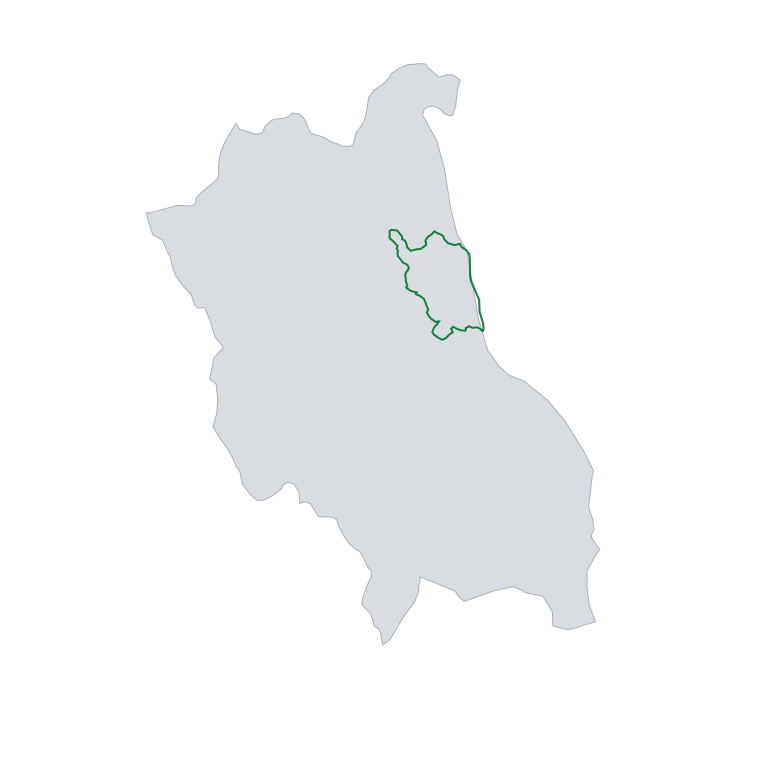 Bulgaria, with Pleven highlighted, rotated 70°
{"feature_id": "BGR-2248", "entity_name": "Pleven", "entity_type": "Province", "adm_level": 1, "iso_a3": "BGR", "parent_name": "Bulgaria", "parent_adm1": "", "projection": "robinson", "projection_center": [24.614, 43.502], "detail": "fine", "context": "in_parent", "style": "outline", "palette": "green", "viewbox_px": 768, "rotation_deg": 70, "n_neighbors": 0, "source": "natural_earth", "source_scale": "10m", "svg_char_len": 3611}
<svg xmlns="http://www.w3.org/2000/svg" viewBox="0 0 768 768"><g transform="rotate(70 384 384)"><path d="M629.0,474.4L616.1,472.4L611.6,473.0L608.7,475.9L602.7,475.3L595.3,475.3L587.6,478.7L583.3,480.1L577.5,477.0L566.7,467.9L560.2,461.5L555.3,459.9L550.5,461.8L533.2,463.9L529.1,467.6L521.2,471.7L513.1,473.7L501.6,475.1L495.5,474.9L492.1,476.9L489.3,482.9L487.4,488.8L485.7,491.1L471.3,494.0L468.2,497.4L467.3,500.7L467.6,504.0L456.1,500.8L447.2,502.9L445.1,505.5L443.3,509.1L444.4,513.0L447.7,516.7L450.8,526.9L452.0,537.0L450.1,542.8L443.6,546.9L429.9,551.4L416.6,549.3L410.8,551.1L401.0,551.6L391.9,552.8L378.1,557.0L365.5,559.4L354.2,551.0L340.8,545.2L326.8,541.8L321.9,544.3L319.8,546.2L308.0,538.8L302.8,536.1L300.2,533.2L295.3,523.2L292.4,522.9L282.7,526.6L273.4,526.4L267.8,525.8L251.1,526.2L248.9,533.0L246.8,534.1L243.2,535.0L234.3,534.5L222.9,539.6L210.7,542.7L201.2,542.7L191.4,541.3L185.6,542.3L172.9,542.9L164.8,550.2L152.3,549.8L141.8,548.6L143.2,546.2L145.5,517.0L150.8,504.0L150.6,501.3L149.5,499.2L144.9,497.1L141.6,490.1L134.9,471.5L131.0,467.8L120.2,463.9L110.8,458.5L102.8,451.4L88.2,434.0L95.7,432.3L98.0,428.7L105.5,419.1L106.4,414.4L105.6,411.7L100.7,407.1L97.4,397.1L100.1,387.7L100.3,382.8L97.9,378.0L100.5,372.1L105.9,368.8L109.3,367.9L123.3,367.2L132.3,355.3L137.8,351.5L143.3,344.7L145.9,342.2L148.4,337.0L149.3,331.6L138.2,324.0L134.5,318.4L129.6,312.1L123.0,307.8L109.6,300.4L104.4,292.8L102.1,283.0L98.6,275.6L94.7,270.8L94.0,266.9L92.4,262.1L92.1,252.6L95.4,240.0L97.5,235.6L102.1,234.3L114.3,227.6L114.9,219.0L117.1,213.7L121.0,210.6L124.6,208.6L131.2,213.6L147.1,221.5L154.9,227.3L154.5,230.9L150.8,234.4L143.8,237.9L139.7,242.5L138.5,248.3L139.6,252.3L144.4,255.8L173.3,251.2L202.5,253.6L241.8,261.4L267.9,264.1L287.1,260.5L322.8,267.1L356.1,273.2L388.0,275.0L405.8,270.2L418.3,263.8L429.1,251.6L455.6,235.6L481.3,226.6L515.1,219.3L537.6,216.8L540.8,219.3L569.7,234.0L582.5,234.1L592.9,236.7L596.7,240.6L599.4,241.6L613.1,237.9L619.3,246.0L629.0,257.2L645.4,263.0L659.9,266.3L664.5,266.8L679.8,266.6L678.0,294.9L669.1,308.0L655.3,303.6L637.7,307.3L628.6,322.2L623.4,326.6L618.7,331.8L615.9,351.2L615.7,382.9L609.0,386.8L602.9,388.0L577.7,415.9L592.5,423.8L599.2,429.8L610.2,446.4L625.8,465.2L629.0,474.4Z" fill="#d9dde1" stroke="#a8b0b8" stroke-width="1"/><path d="M290.5,259.6L293.7,259.9L309.0,265.1L313.1,266.5L317.6,267.0L337.5,265.8L348.7,269.4L360.9,270.2L364.8,271.0L367.9,272.7L367.7,273.4L365.1,274.8L362.8,276.7L361.5,281.5L358.7,284.6L359.5,288.2L361.0,288.4L361.7,289.6L359.6,293.7L356.9,296.8L353.9,299.5L355.0,302.0L359.0,301.8L359.9,306.0L361.9,309.8L362.4,314.2L358.5,317.6L356.8,318.6L355.2,320.0L353.4,320.5L351.6,320.8L348.2,317.8L345.8,313.3L343.9,311.0L343.3,314.0L341.7,315.5L339.2,317.2L336.3,318.3L333.7,319.0L331.2,319.1L329.2,316.9L325.6,317.3L323.4,317.1L317.6,317.4L312.6,320.8L311.3,322.6L310.2,323.3L309.2,321.9L308.1,323.3L307.3,324.9L305.5,327.0L302.2,329.5L300.7,330.0L300.4,329.2L299.8,328.5L295.1,328.3L288.3,326.5L286.5,324.9L285.2,322.7L283.5,321.0L281.6,321.0L279.8,321.5L277.9,323.1L276.3,324.8L273.7,325.4L270.9,326.5L268.6,327.1L266.2,326.8L263.3,325.3L261.1,325.7L258.9,324.0L253.9,326.1L248.8,328.8L242.4,326.5L241.6,324.9L242.6,322.5L244.3,319.1L251.3,316.6L252.7,316.9L254.1,317.5L255.1,316.3L256.9,315.2L260.1,315.0L263.4,315.5L267.9,313.4L268.7,306.6L269.5,304.3L269.4,302.3L267.7,296.8L263.3,296.0L260.7,292.4L259.7,288.2L257.8,284.6L260.1,282.6L262.7,279.8L265.3,277.7L268.3,278.0L273.6,275.7L277.5,270.3L278.3,264.6L280.3,264.6L281.9,264.1L287.2,260.5L290.5,259.6Z" fill="none" stroke="#15803d" stroke-width="2"/></g></svg>